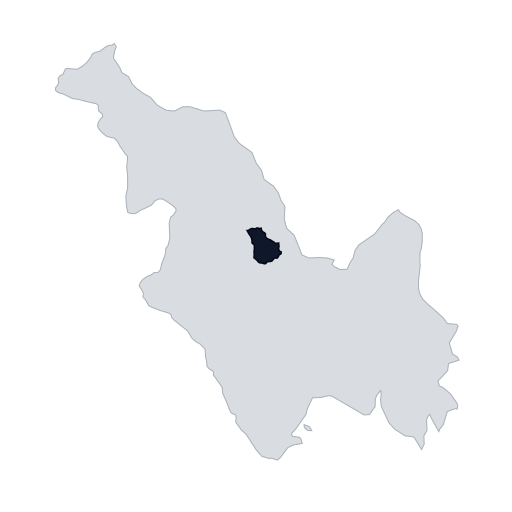 location of Sinhung, Hamgyŏng-namdo, North Korea, rotated 274°
{"feature_id": "82179303B53420606691311", "entity_name": "Sinhung", "entity_type": "district", "adm_level": 2, "iso_a3": "PRK", "parent_name": "North Korea", "parent_adm1": "Hamgyŏng-namdo", "projection": "natural_earth1", "projection_center": [127.653, 40.262], "detail": "fine", "context": "in_parent", "style": "filled", "palette": "ink", "viewbox_px": 512, "rotation_deg": 274, "n_neighbors": 0, "source": "geoboundaries", "source_scale": "gbopen_adm2", "svg_char_len": 4334}
<svg xmlns="http://www.w3.org/2000/svg" viewBox="0 0 512 512"><g transform="rotate(274 256 256)"><path d="M312.2,394.9L310.0,396.1L306.1,402.9L302.5,411.5L299.0,416.1L295.0,418.7L290.6,420.2L282.0,420.9L274.2,420.3L271.7,419.4L261.0,419.9L257.9,420.5L242.5,419.8L234.5,420.5L229.4,422.2L224.2,425.7L219.7,430.9L215.7,436.5L207.6,446.8L201.9,451.7L201.9,458.9L201.8,461.1L199.8,462.6L199.1,462.0L195.8,461.4L182.7,454.9L171.9,458.9L169.2,464.1L166.3,465.8L162.1,455.5L155.0,455.2L143.9,446.2L139.1,448.1L137.9,451.7L131.7,460.0L123.1,466.8L120.4,467.7L117.2,467.2L117.7,465.3L114.2,457.7L100.8,454.6L95.9,451.3L93.5,450.6L106.8,442.0L110.2,440.5L107.7,438.5L104.8,437.5L94.0,438.8L88.3,436.0L80.1,436.9L74.4,434.7L86.3,426.3L86.9,421.3L86.8,417.6L92.9,406.4L99.0,400.2L114.7,391.5L121.5,390.3L126.4,390.6L130.5,389.8L126.2,386.5L122.1,385.0L114.0,385.3L105.7,380.2L105.0,374.9L121.5,341.4L121.8,338.4L119.3,330.2L118.5,322.3L106.9,317.7L101.8,317.1L87.0,308.2L81.1,303.7L78.7,305.0L78.2,312.2L76.1,313.8L72.2,315.2L70.3,307.0L67.1,301.1L57.4,295.0L53.9,291.7L55.6,284.6L54.8,283.9L56.5,275.9L62.6,269.7L77.5,258.6L81.4,253.5L89.0,247.3L92.3,247.5L95.8,247.0L96.9,244.3L97.7,242.2L100.8,240.3L108.0,237.0L116.3,232.5L122.8,231.3L130.9,224.7L134.2,221.8L137.5,221.8L138.4,220.4L140.3,217.0L142.8,214.7L146.4,214.3L152.2,212.7L159.5,211.7L164.5,206.1L166.2,202.1L169.5,197.8L176.5,193.0L181.3,186.0L186.6,178.3L189.2,175.9L191.7,175.4L193.1,172.5L194.9,164.4L197.3,156.5L198.8,152.7L204.9,148.6L206.5,146.7L207.8,146.0L210.7,146.5L214.5,144.2L218.1,141.5L221.3,142.4L224.6,144.6L228.1,149.0L229.6,152.5L232.3,155.4L232.9,159.6L235.6,161.5L241.4,162.4L250.9,165.3L257.1,165.5L260.6,167.6L267.9,168.8L282.6,167.1L288.6,168.1L291.2,170.8L294.9,172.9L297.3,173.0L300.6,169.4L304.0,163.5L306.3,159.0L306.2,155.4L304.2,151.6L299.3,148.0L296.2,142.5L293.1,136.8L291.3,134.9L289.8,132.1L289.6,127.9L290.6,125.0L297.9,123.1L307.3,122.0L314.9,123.2L327.5,122.3L335.3,120.8L341.1,121.0L346.4,121.0L348.7,118.5L356.1,112.6L359.7,110.5L363.6,106.5L364.2,102.4L364.9,99.0L367.1,95.4L371.0,91.0L374.3,88.9L377.9,89.2L381.8,91.2L384.3,93.3L387.1,92.7L389.4,89.2L390.9,88.5L395.3,88.2L396.7,86.1L398.3,75.8L399.9,67.7L400.2,62.0L404.1,52.6L405.3,46.9L407.6,44.3L410.3,44.5L412.6,46.2L415.5,47.1L419.3,46.2L422.0,47.7L423.7,50.7L429.3,52.8L429.9,54.3L429.8,64.5L433.0,69.3L437.2,73.6L442.9,77.5L445.9,78.4L447.8,81.2L449.5,86.1L453.6,90.8L455.8,94.2L456.3,97.8L458.1,99.8L454.9,102.0L450.7,100.7L443.6,99.9L434.6,106.9L429.6,109.4L426.1,116.3L419.1,120.4L415.2,124.7L410.3,132.3L407.0,139.6L399.5,147.0L395.1,156.4L394.9,164.5L399.8,172.7L400.3,179.7L397.0,194.1L399.0,209.5L396.9,215.5L373.5,226.0L367.4,231.2L358.9,244.8L348.4,249.9L341.9,255.5L332.8,258.8L327.0,268.4L320.7,273.8L313.1,277.1L307.5,281.4L294.8,281.6L285.8,284.6L279.4,292.6L260.3,301.8L257.7,308.7L258.9,319.4L259.0,327.5L257.3,334.3L253.1,332.4L250.9,334.6L248.4,340.8L249.1,347.9L255.7,350.2L261.1,353.1L268.7,354.5L274.3,357.8L286.2,372.8L296.0,379.4L298.5,381.8L304.1,385.1L309.3,390.3L312.2,394.9ZM89.3,321.5L85.6,323.8L85.5,319.7L88.3,316.2L91.2,315.7L89.3,321.5Z" fill="#d9dde1" stroke="#a8b0b8" stroke-width="1"/><path d="M270.5,277.8L270.3,276.3L269.9,274.5L270.8,273.4L271.9,271.4L273.2,269.0L273.9,266.5L274.7,265.2L276.0,264.1L277.9,263.9L278.9,263.9L279.8,262.8L280.7,261.0L281.9,259.9L283.2,259.4L284.1,259.2L283.7,257.4L284.1,255.7L283.9,254.5L283.1,253.6L283.0,252.3L283.2,251.0L283.2,250.1L282.6,248.7L281.8,247.6L281.0,246.5L280.8,245.4L280.6,245.6L280.2,245.7L277.4,247.5L275.4,249.2L274.9,249.5L274.4,249.7L274.0,250.0L271.5,251.0L271.0,251.0L270.9,250.9L268.8,251.1L267.9,252.0L267.5,253.1L265.8,253.7L264.3,253.7L262.2,253.9L260.6,253.7L258.9,253.9L257.4,254.1L255.7,254.1L254.7,254.1L254.1,254.1L254.1,254.3L253.0,255.7L252.1,256.8L251.3,257.9L250.4,258.5L249.6,259.7L249.3,261.2L249.5,262.1L249.3,263.0L249.1,263.7L249.0,263.9L248.8,265.4L249.2,266.3L250.0,266.8L251.0,267.7L251.4,269.3L251.4,270.4L251.8,271.5L252.4,272.6L253.4,273.1L254.4,274.0L255.3,274.6L255.5,275.5L255.2,276.2L255.4,277.3L256.0,277.8L257.3,278.5L257.9,278.7L258.7,278.9L259.3,280.0L260.1,280.9L261.8,280.9L262.3,279.8L262.4,279.3L262.9,278.9L263.5,278.5L264.6,278.1L265.6,278.1L267.1,278.3L268.6,278.1L269.8,277.7L270.5,277.8Z" fill="#0f172a" stroke="#020617" stroke-width="1.5"/></g></svg>